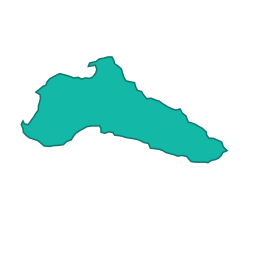 the district of Caxambu, Minas Gerais, Brazil, rotated 298°
{"feature_id": "56859067B54903020095335", "entity_name": "Caxambu", "entity_type": "district", "adm_level": 2, "iso_a3": "BRA", "parent_name": "Brazil", "parent_adm1": "Minas Gerais", "projection": "albers", "projection_center": [-44.947, -21.993], "detail": "fine", "context": "isolated", "style": "filled", "palette": "teal", "viewbox_px": 256, "rotation_deg": 298, "n_neighbors": 0, "source": "geoboundaries", "source_scale": "gbopen_adm2", "svg_char_len": 1724}
<svg xmlns="http://www.w3.org/2000/svg" viewBox="0 0 256 256"><g transform="rotate(298 128 128)"><path d="M81.1,32.0L78.2,35.5L75.0,37.8L73.6,42.0L73.1,45.6L73.9,50.4L74.6,54.0L73.9,57.5L72.8,62.4L74.9,67.4L77.3,70.3L79.8,74.4L83.0,78.8L87.3,80.2L90.8,83.4L94.8,83.7L98.9,84.3L103.1,86.7L106.0,88.6L109.8,91.0L112.9,95.1L114.8,98.9L116.7,101.7L115.0,104.2L111.6,106.2L112.5,110.1L115.5,112.7L117.0,116.6L115.4,119.7L117.0,123.5L118.0,126.9L118.7,130.7L120.0,134.5L121.3,138.3L122.6,143.2L122.6,148.8L124.0,153.2L120.7,157.2L122.4,161.5L123.9,165.8L124.4,169.3L124.2,173.1L125.1,177.2L125.9,180.7L126.5,185.2L129.0,188.2L130.4,193.1L129.1,196.4L128.0,199.6L129.3,203.1L131.4,207.3L133.6,211.0L135.0,215.0L138.4,216.7L141.0,219.8L143.6,221.9L147.0,223.1L151.0,223.3L154.5,226.2L156.2,220.9L159.6,217.3L159.3,212.6L158.9,208.0L157.0,204.3L158.6,200.9L161.3,199.0L162.6,193.7L162.6,189.8L162.8,185.4L162.3,181.7L161.5,178.5L163.5,176.1L165.8,173.5L166.6,168.9L169.3,165.1L166.3,162.0L165.6,157.5L165.3,152.8L165.6,149.5L165.8,146.2L166.4,142.9L165.6,139.3L165.2,134.5L162.6,130.7L164.7,125.8L166.6,122.7L165.6,118.7L168.1,115.2L171.1,112.5L169.9,108.5L168.7,104.1L170.6,100.8L173.3,98.0L177.0,94.4L178.0,90.3L178.5,86.1L181.3,83.4L183.2,80.5L181.4,77.0L178.1,73.7L175.5,70.2L171.7,68.6L169.5,66.0L167.3,63.6L163.7,64.0L166.0,67.0L168.1,69.8L164.9,73.1L161.0,73.7L156.4,72.9L153.7,70.7L152.3,67.0L149.4,64.0L149.4,60.3L146.7,56.6L146.3,53.0L145.3,47.7L144.0,42.2L139.2,38.7L134.7,35.8L130.7,34.9L127.2,35.4L125.0,33.4L121.4,32.0L116.3,29.8L116.2,34.7L113.0,36.8L109.6,37.7L105.5,38.5L101.7,40.4L97.5,39.8L93.5,39.6L88.7,38.8L84.1,38.4L83.0,34.7L84.9,32.0L81.1,32.0Z" fill="#14b8a6" stroke="#0f766e" stroke-width="1.5"/></g></svg>